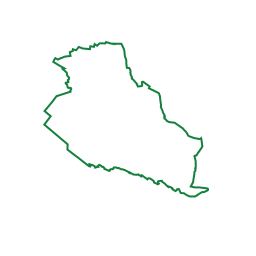 outline of Rudzātu pag., Livanu, Latvia, rotated 223°
{"feature_id": "27541924B28170675749261", "entity_name": "Rudzātu pag.", "entity_type": "district", "adm_level": 2, "iso_a3": "LVA", "parent_name": "Latvia", "parent_adm1": "Livanu", "projection": "equal_earth", "projection_center": [26.465, 56.437], "detail": "fine", "context": "isolated", "style": "outline", "palette": "green", "viewbox_px": 256, "rotation_deg": 223, "n_neighbors": 0, "source": "geoboundaries", "source_scale": "gbopen_adm2", "svg_char_len": 5451}
<svg xmlns="http://www.w3.org/2000/svg" viewBox="0 0 256 256"><g transform="rotate(223 128 128)"><path d="M148.6,172.1L149.1,171.0L148.1,170.1L147.2,169.4L146.8,169.0L146.5,168.6L146.9,167.7L147.2,167.2L147.6,166.9L148.0,166.4L148.1,166.1L148.3,165.9L149.1,165.1L149.7,165.3L150.6,165.7L151.3,166.0L151.3,166.3L156.8,166.9L157.2,166.9L157.8,166.9L158.3,166.9L158.6,166.7L158.8,166.7L159.3,167.0L159.4,167.5L159.7,167.7L160.0,167.9L160.3,168.1L161.6,168.5L162.5,168.8L162.8,169.0L162.9,169.3L163.3,169.7L163.5,169.7L164.2,170.2L164.3,170.7L166.0,172.1L168.1,172.7L169.7,171.3L169.9,171.2L172.1,173.1L173.4,174.2L173.7,174.5L174.9,175.8L175.4,176.3L175.8,176.6L177.3,177.4L179.2,178.4L179.6,178.7L180.4,179.4L183.0,181.7L183.8,182.3L184.5,182.7L185.5,183.2L189.5,184.8L190.2,185.1L190.4,184.9L191.9,183.6L193.1,182.5L193.8,181.8L196.8,179.2L196.5,179.2L197.1,178.8L199.3,177.4L200.1,177.3L200.7,177.0L201.0,176.7L201.4,176.2L201.6,176.1L202.7,175.9L202.6,175.3L202.4,174.2L205.0,172.0L206.0,171.0L206.2,170.7L206.3,170.6L206.5,170.4L206.7,168.7L206.7,167.1L207.2,167.0L209.6,166.6L208.3,164.1L211.3,162.1L209.6,159.7L215.5,155.2L219.3,153.7L219.0,150.5L219.1,149.4L222.0,148.0L220.9,146.6L222.3,143.9L219.2,141.5L222.8,137.2L223.0,137.0L223.7,135.4L224.2,134.2L225.1,132.8L225.1,132.2L226.0,130.3L228.8,129.5L228.3,127.0L228.0,126.2L227.7,125.4L225.4,125.9L222.1,126.6L219.6,127.1L215.1,128.3L216.0,126.6L215.0,126.6L214.3,126.7L211.8,126.7L210.6,126.7L209.8,126.1L209.3,125.7L209.1,125.5L208.5,125.1L208.4,125.0L208.1,124.9L207.0,124.8L205.6,124.7L205.4,124.6L205.2,124.5L205.0,124.2L204.9,123.9L204.6,123.6L204.6,123.4L204.5,123.2L204.5,122.9L204.7,122.2L204.6,121.9L204.4,121.8L203.8,121.5L203.1,121.2L202.9,121.0L202.9,120.9L202.9,120.6L203.0,120.5L203.4,120.0L203.7,119.6L203.8,119.5L204.0,119.1L204.4,118.8L204.4,118.6L204.3,118.3L204.1,118.2L203.0,118.0L202.4,118.1L202.2,118.1L201.2,117.6L200.9,117.4L200.6,117.0L200.1,116.7L199.8,116.6L199.6,116.6L199.1,116.7L198.6,116.9L198.3,117.2L197.9,117.8L197.6,118.0L197.3,118.1L197.0,118.2L196.7,118.2L196.4,118.0L196.2,117.9L196.1,117.7L195.9,117.3L195.8,116.7L195.8,116.1L195.7,116.0L195.4,115.6L195.1,115.4L194.8,115.3L195.0,114.9L195.2,114.7L196.2,112.9L199.7,106.6L199.9,106.3L200.5,105.1L201.0,104.3L201.4,103.6L201.6,103.4L201.9,102.8L201.8,102.7L202.0,102.5L201.6,98.8L201.3,96.3L201.2,95.0L200.6,83.5L192.6,83.9L191.5,73.4L161.0,74.9L160.1,73.8L157.6,70.9L153.6,71.3L146.0,72.0L145.2,72.2L141.4,72.5L139.3,72.7L137.9,72.8L130.4,73.5L129.7,73.9L131.5,75.3L131.2,75.5L129.3,75.8L129.2,76.5L126.4,77.3L125.8,77.1L125.0,76.6L123.7,78.7L124.0,78.6L124.3,79.1L123.9,81.1L123.8,81.5L123.7,81.5L122.5,81.9L121.6,82.0L120.5,81.9L120.0,82.5L119.3,82.7L118.6,82.4L117.7,82.6L117.1,82.0L115.5,82.8L115.0,82.9L114.4,83.2L113.1,83.5L112.8,83.6L112.3,84.0L112.2,84.3L112.2,84.5L112.7,84.9L112.8,85.1L112.6,85.8L112.5,86.1L111.9,86.8L111.1,87.4L111.0,87.5L110.9,88.0L111.0,88.2L111.1,88.5L111.3,88.8L111.4,89.0L111.5,89.3L111.3,89.6L111.0,89.8L110.4,90.5L110.1,90.8L109.7,91.0L108.4,91.4L108.1,91.8L107.9,92.1L107.4,92.4L107.0,92.6L106.5,92.7L106.0,92.8L105.7,93.0L104.8,93.2L104.3,93.5L103.9,94.0L103.2,94.4L101.4,95.1L100.6,95.3L99.0,95.8L98.1,96.0L97.6,96.1L97.0,96.0L96.3,96.1L96.6,96.6L95.3,96.9L92.1,97.8L89.9,99.6L89.6,99.8L89.4,100.2L89.1,100.6L88.8,101.1L87.7,101.0L87.0,101.5L86.5,101.5L86.2,101.7L85.4,101.6L85.6,102.9L83.6,103.1L78.8,103.7L78.9,105.0L77.6,106.1L73.0,106.8L71.9,105.9L68.4,107.0L67.9,107.1L67.7,107.4L67.5,107.9L67.5,108.3L68.0,108.2L68.9,108.5L69.2,109.0L69.6,109.6L69.5,109.8L69.0,110.3L68.7,110.7L67.2,112.5L66.5,112.0L66.4,112.0L66.2,112.0L63.6,112.4L63.1,112.4L60.6,112.3L59.3,112.3L59.5,112.5L57.6,113.1L57.3,113.4L56.8,113.7L54.7,114.2L54.5,113.7L54.0,113.7L53.9,113.9L52.7,113.6L51.9,113.9L51.1,114.1L50.3,114.2L50.0,115.3L50.0,115.6L50.1,115.9L50.4,116.4L50.3,116.6L49.9,117.1L49.2,118.0L46.3,116.9L45.5,116.5L44.9,116.5L44.0,117.3L43.5,117.7L42.4,118.5L39.4,118.9L36.1,120.1L32.7,123.2L32.4,123.4L31.7,125.7L31.5,125.9L31.6,126.0L31.1,128.2L30.2,131.4L30.1,131.6L29.3,132.3L28.7,133.0L28.2,134.1L27.2,136.9L27.2,137.2L28.2,138.1L28.3,138.1L29.3,137.5L32.2,135.5L34.6,133.7L35.4,133.1L39.1,129.7L39.4,129.7L42.2,128.0L43.3,132.1L43.3,132.5L45.5,135.7L48.5,140.2L48.9,140.5L49.6,141.4L49.6,141.5L49.5,142.5L49.6,142.8L50.1,143.4L50.9,143.9L51.1,144.0L51.3,144.2L51.4,144.4L51.5,144.7L51.3,145.0L51.8,145.3L52.2,146.1L52.3,146.2L55.0,148.9L55.9,149.9L56.1,150.1L59.6,152.4L60.2,152.7L60.2,153.2L60.0,153.6L59.5,154.4L59.4,154.6L59.2,154.7L59.8,157.1L60.0,159.5L60.3,160.9L60.4,161.7L60.4,161.9L60.7,163.7L61.0,165.2L65.4,168.8L66.9,169.9L67.5,170.3L67.5,170.0L67.7,169.6L67.9,169.3L68.2,168.7L69.3,167.9L70.0,167.6L72.5,165.9L73.0,165.6L73.4,165.5L77.4,163.8L78.3,163.5L79.5,163.6L79.9,163.8L80.6,164.2L81.8,164.5L82.8,164.7L84.0,164.8L85.3,164.8L86.5,164.9L87.1,165.1L87.8,165.1L91.5,164.5L97.3,163.7L97.6,163.5L97.8,163.5L99.7,162.0L100.7,161.3L101.9,160.5L102.8,160.1L104.2,159.7L104.8,159.8L105.8,159.9L106.4,160.0L107.3,159.9L107.6,159.9L107.9,159.8L108.0,159.9L108.0,160.0L108.4,160.3L108.5,160.4L108.5,160.6L108.8,160.8L108.6,161.0L108.6,161.3L108.9,161.4L109.3,161.5L109.6,161.5L109.8,161.9L109.8,162.2L110.2,162.3L112.8,163.1L114.8,164.3L118.3,165.7L118.9,166.6L119.5,167.3L121.3,168.8L121.9,169.2L124.6,171.5L126.6,173.2L129.2,174.5L129.3,174.5L135.7,172.6L136.8,172.2L139.8,171.3L140.5,173.1L148.6,172.1Z" fill="none" stroke="#15803d" stroke-width="2"/></g></svg>